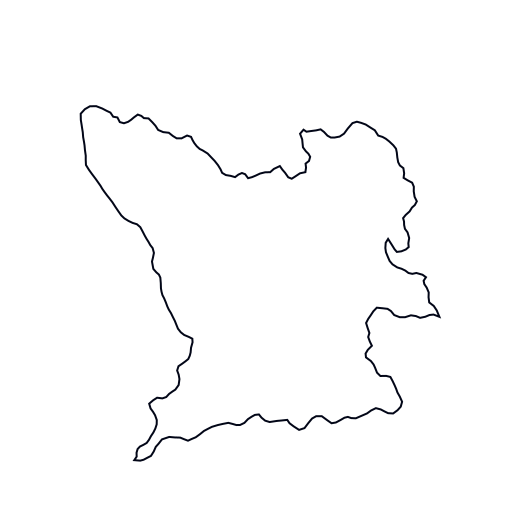 Santa Cruz de Salinas, Minas Gerais, Brazil (Mercator projection), rotated 255°
{"feature_id": "56859067B16259382882532", "entity_name": "Santa Cruz de Salinas", "entity_type": "district", "adm_level": 2, "iso_a3": "BRA", "parent_name": "Brazil", "parent_adm1": "Minas Gerais", "projection": "mercator", "projection_center": [-41.791, -16.046], "detail": "fine", "context": "isolated", "style": "outline", "palette": "ink", "viewbox_px": 512, "rotation_deg": 255, "n_neighbors": 0, "source": "geoboundaries", "source_scale": "gbopen_adm2", "svg_char_len": 4228}
<svg xmlns="http://www.w3.org/2000/svg" viewBox="0 0 512 512"><g transform="rotate(255 256 256)"><path d="M438.8,123.5L432.7,122.0L427.8,121.5L424.3,121.1L420.4,120.7L415.5,119.8L410.7,119.4L407.2,119.0L402.6,118.2L396.9,117.5L392.9,116.4L387.9,115.3L382.6,116.9L378.1,118.6L371.9,121.1L367.3,122.8L364.0,124.0L360.7,124.9L357.4,126.1L353.1,127.8L349.7,129.3L345.1,131.2L339.8,132.9L334.6,134.7L330.0,136.4L326.4,138.6L322.9,141.9L319.9,145.4L317.5,149.2L313.8,151.7L308.7,152.9L304.5,153.8L301.0,154.7L297.5,155.8L293.9,156.7L290.4,158.2L285.4,158.2L280.8,155.9L277.6,154.1L274.0,153.8L270.1,153.5L266.0,155.5L263.2,157.4L259.9,158.0L254.4,157.0L249.3,155.8L245.9,155.5L242.5,155.5L238.9,156.3L234.5,156.9L230.2,157.3L226.8,157.9L222.8,159.1L218.6,159.9L214.3,160.8L206.0,161.8L201.8,163.6L198.3,166.2L195.2,170.2L192.6,173.1L189.1,172.4L184.2,169.5L179.8,167.9L176.8,166.2L174.0,163.9L172.5,160.5L171.1,156.9L169.6,152.6L165.8,150.2L161.4,150.6L156.9,150.2L151.4,147.9L147.8,143.5L146.7,140.1L145.3,136.4L143.0,132.8L142.7,128.7L144.7,123.8L143.3,119.4L141.0,114.6L136.0,114.7L132.2,116.2L128.3,117.3L123.2,117.7L119.1,116.5L115.4,114.1L112.1,111.2L109.2,107.9L106.2,105.1L103.7,102.0L102.7,98.2L102.0,94.6L100.2,91.7L96.9,89.7L93.1,88.8L90.3,85.6L88.3,91.2L88.3,94.7L89.2,98.6L90.1,102.8L93.6,106.6L97.6,109.8L99.9,113.3L103.2,117.7L103.7,125.3L101.8,130.5L100.2,135.8L97.8,138.9L95.2,142.5L95.9,146.5L96.5,150.9L98.4,155.8L100.5,160.5L101.5,164.9L102.4,169.2L102.6,175.2L102.4,180.6L102.0,186.1L99.8,190.0L97.8,193.3L96.9,196.8L97.8,201.6L100.5,206.0L101.9,210.2L102.8,213.8L102.2,217.8L98.4,219.5L94.6,222.2L92.1,226.2L91.3,233.4L90.5,238.1L89.6,243.8L85.8,245.1L81.8,248.2L76.9,252.6L77.2,258.3L81.1,263.3L84.5,268.1L85.7,272.7L84.2,278.1L78.7,282.5L74.9,285.7L74.5,290.1L75.7,295.2L76.9,299.6L76.8,303.1L74.8,306.0L73.4,310.4L74.5,317.8L75.2,322.5L77.0,327.2L78.0,332.4L75.5,336.8L72.7,339.8L70.0,342.9L68.4,347.7L70.4,352.8L73.0,356.8L77.4,359.4L83.0,358.5L87.6,357.3L91.4,357.0L95.4,356.4L99.8,355.6L104.4,354.5L106.5,350.7L107.9,345.1L112.0,342.7L117.3,342.1L120.8,341.5L124.8,339.8L129.6,336.0L133.4,336.6L136.5,339.8L139.3,344.7L144.0,343.8L148.7,343.4L152.3,345.6L157.7,345.2L162.8,345.0L166.3,348.2L168.9,351.3L172.2,355.0L174.8,359.3L172.7,364.9L170.9,369.4L167.9,372.1L163.2,374.2L159.7,379.0L158.3,384.2L158.6,390.3L156.6,394.9L153.8,398.5L153.5,403.8L154.1,408.3L153.5,412.3L149.8,417.4L156.6,416.5L161.7,414.8L166.3,411.3L171.5,412.0L176.1,413.4L181.2,412.7L185.3,411.3L188.7,411.5L191.5,414.7L194.8,412.0L198.1,406.5L198.3,402.4L200.1,398.9L203.3,396.4L206.0,393.3L208.4,389.5L212.6,385.7L216.6,383.8L220.6,383.2L226.0,382.5L230.2,383.0L235.2,384.7L238.3,388.0L231.6,390.1L226.6,391.6L223.5,393.1L222.9,397.6L223.5,402.4L225.1,405.8L228.8,406.4L233.7,408.6L239.6,408.5L243.7,406.9L247.6,407.1L251.0,407.9L254.5,407.9L256.9,411.2L259.3,415.9L262.4,419.2L264.1,422.6L267.2,425.5L272.1,424.5L277.6,425.1L282.1,426.4L286.4,425.8L290.0,421.9L293.3,418.8L297.5,420.5L302.7,421.1L306.2,418.4L309.8,417.6L314.6,418.0L319.6,418.8L323.4,419.0L327.4,417.3L332.1,414.4L335.7,411.7L338.3,409.0L340.7,405.2L346.7,403.3L350.2,400.0L354.6,396.0L357.4,392.0L359.6,388.2L359.4,383.6L355.4,377.7L351.4,372.7L349.7,367.7L350.1,362.4L351.1,358.9L353.7,356.2L358.2,353.8L361.6,351.2L361.8,346.5L362.5,341.2L363.0,336.9L365.7,334.6L362.7,330.2L356.7,330.8L352.6,330.1L348.8,329.5L344.2,331.3L341.2,333.1L337.8,334.0L334.1,331.8L332.4,327.8L328.4,327.2L324.2,325.4L324.5,319.9L322.6,314.3L321.4,310.5L323.7,307.5L328.9,305.6L332.6,303.8L336.7,302.3L335.5,295.8L333.3,291.4L334.5,286.4L334.6,281.3L333.7,276.3L333.2,272.5L333.2,268.5L337.8,266.7L339.8,263.9L339.2,260.1L337.6,256.2L340.0,252.2L342.0,247.8L345.1,244.8L348.9,244.2L353.6,242.8L358.7,240.6L362.7,238.4L367.5,235.8L371.8,231.8L374.0,229.3L377.3,227.2L381.1,225.6L384.4,224.7L387.9,224.1L390.2,220.6L388.9,214.5L390.2,209.8L393.4,206.8L397.6,203.7L399.7,198.4L403.1,194.1L407.8,192.6L412.0,190.5L416.7,187.8L418.2,183.4L421.0,181.5L423.2,178.4L421.5,174.0L419.9,170.6L418.7,167.2L418.4,162.8L420.6,159.1L425.7,158.0L427.5,154.1L432.2,152.5L434.8,149.4L438.3,145.6L442.1,140.4L443.6,134.3L442.1,128.7L438.8,123.5Z" fill="none" stroke="#020617" stroke-width="2"/></g></svg>